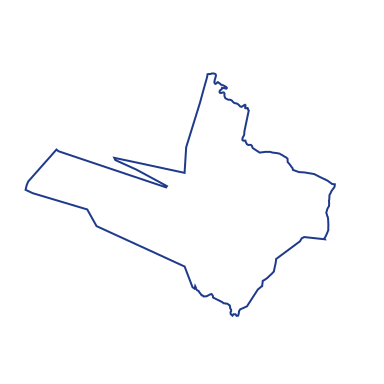 San Andrés Paxtlán, Oaxaca, Mexico (Albers equal-area conic projection), rotated 40°
{"feature_id": "50627088B89985884049438", "entity_name": "San Andrés Paxtlán", "entity_type": "district", "adm_level": 2, "iso_a3": "MEX", "parent_name": "Mexico", "parent_adm1": "Oaxaca", "projection": "albers", "projection_center": [-96.515, 16.212], "detail": "fine", "context": "isolated", "style": "outline", "palette": "blue", "viewbox_px": 384, "rotation_deg": 40, "n_neighbors": 0, "source": "geoboundaries", "source_scale": "gbopen_adm2", "svg_char_len": 3996}
<svg xmlns="http://www.w3.org/2000/svg" viewBox="0 0 384 384"><g transform="rotate(40 192 192)"><path d="M60.9,246.6L60.7,256.0L60.5,262.0L60.3,269.5L60.1,277.5L59.8,288.3L59.8,289.2L60.9,292.9L63.1,297.3L70.7,295.3L123.0,272.7L124.8,273.4L140.8,279.5L183.0,267.9L231.9,254.5L234.2,253.8L253.6,264.6L256.0,264.4L255.7,263.4L255.0,262.1L256.2,262.6L257.4,263.8L257.9,263.7L259.1,264.0L260.7,263.6L262.4,264.2L263.8,264.4L265.2,264.8L266.0,264.9L266.5,264.4L267.6,264.5L268.2,264.5L268.6,263.9L269.6,263.1L270.0,262.8L270.2,262.4L270.9,260.8L271.8,258.6L272.6,257.6L274.7,258.1L276.0,259.3L286.1,256.9L287.6,256.9L288.0,256.8L288.3,256.5L288.6,256.3L288.8,256.1L289.3,255.9L289.7,255.7L290.1,255.4L290.3,255.3L290.5,255.1L290.9,254.9L291.3,254.8L291.9,254.8L292.6,254.8L293.1,254.8L293.4,254.6L293.8,254.6L294.3,255.0L294.8,255.3L295.3,255.8L295.8,256.4L296.1,256.6L297.6,257.0L298.0,257.4L298.4,257.8L298.6,258.2L298.7,259.2L299.0,259.6L299.6,260.1L300.1,260.6L301.1,260.7L302.5,260.7L302.3,259.1L303.9,257.7L305.8,258.2L306.8,257.1L306.5,256.2L305.6,254.5L304.7,253.2L304.5,252.1L304.3,251.1L305.3,249.0L306.0,247.7L306.6,246.3L307.6,244.3L305.1,224.3L305.6,221.8L305.9,219.8L306.3,219.1L304.9,217.0L303.3,214.5L304.0,212.9L304.9,209.7L305.2,207.1L305.7,202.9L305.8,200.3L305.0,198.8L303.3,195.6L302.1,193.3L300.8,191.1L299.5,189.2L306.4,160.4L305.8,156.9L306.6,155.2L306.9,154.4L324.2,142.8L323.2,142.4L323.2,142.1L323.0,140.8L322.9,140.0L322.8,139.8L322.5,138.6L322.3,137.8L322.0,137.1L321.8,136.2L321.7,135.9L321.3,134.8L321.2,134.6L321.0,133.8L320.9,133.5L319.7,132.2L318.8,131.1L318.6,130.7L318.3,130.4L316.9,128.7L316.3,128.1L315.3,127.0L315.2,126.9L314.7,126.4L314.0,125.6L313.8,125.4L313.0,124.7L312.1,123.9L311.3,123.6L311.1,123.5L310.1,122.8L309.9,122.6L308.2,121.6L307.0,118.9L306.7,118.3L306.6,118.1L306.3,116.6L306.2,116.2L306.1,114.9L305.9,114.6L305.4,113.9L304.5,112.7L304.1,112.3L303.5,111.6L302.7,110.9L302.4,110.3L301.8,109.3L301.3,108.7L300.5,107.5L300.1,107.1L299.5,106.3L299.4,106.1L299.3,105.8L299.1,105.4L298.9,103.6L298.6,102.9L298.3,101.9L298.2,100.8L298.1,100.2L298.1,99.4L298.1,98.4L298.0,98.1L298.0,97.1L297.7,96.1L297.4,95.7L296.5,94.3L294.1,95.8L288.4,96.2L280.3,98.3L274.1,99.7L265.6,104.7L261.1,108.0L255.1,110.2L253.9,109.2L251.6,108.7L249.9,108.2L247.8,107.8L246.1,107.6L244.5,105.9L243.8,105.1L242.0,105.0L239.6,105.5L237.5,105.7L236.1,106.1L234.5,106.3L232.3,107.5L230.7,108.5L228.3,110.1L226.1,111.0L224.3,112.5L222.6,113.9L221.4,115.2L220.0,116.7L219.1,117.7L218.5,118.3L210.3,119.3L209.3,118.8L208.4,118.2L207.2,118.0L206.2,118.5L204.9,119.8L203.3,120.1L202.4,119.7L200.8,119.1L199.9,118.3L198.7,119.4L197.6,119.9L196.9,119.5L196.1,118.2L195.7,116.9L195.4,115.2L194.9,114.2L193.3,112.1L192.6,110.8L183.1,93.1L182.6,93.1L182.1,92.8L181.7,92.7L181.2,92.2L180.6,91.9L180.1,92.5L179.6,93.2L178.9,93.5L178.5,93.0L178.0,92.6L177.7,91.7L177.1,91.1L176.5,91.1L176.1,92.1L175.4,94.3L175.3,94.9L174.4,95.3L173.7,95.5L172.7,95.3L171.8,95.2L170.8,95.2L169.5,95.4L167.7,96.4L166.7,96.7L164.4,96.5L163.4,96.3L161.6,97.0L160.6,97.9L159.7,98.2L158.1,98.6L157.2,98.7L155.3,97.7L154.7,97.1L154.2,96.5L153.7,95.7L152.3,95.3L151.3,96.3L150.9,97.2L149.9,98.0L148.9,97.8L148.3,96.9L148.2,95.8L148.7,94.3L148.1,93.0L148.4,92.9L148.6,92.7L149.3,92.2L149.6,91.9L150.3,91.5L150.9,91.3L151.6,91.0L151.9,90.7L151.9,90.1L151.7,89.8L151.2,89.7L150.6,89.6L149.4,89.8L148.4,90.0L147.5,90.2L146.6,90.6L145.8,90.9L145.1,91.1L143.3,91.0L143.0,91.2L141.5,91.1L141.1,91.3L140.9,92.4L140.9,92.8L140.7,93.8L140.5,94.1L140.2,94.2L139.8,94.2L139.5,94.1L138.8,93.7L138.4,93.4L138.1,92.5L137.7,92.2L137.3,91.4L137.0,90.7L136.7,89.8L136.2,89.0L135.9,88.0L135.1,87.0L134.6,86.7L133.7,86.7L132.5,87.2L131.8,87.8L130.9,88.6L130.5,89.5L129.8,90.3L128.7,91.1L128.2,91.8L129.7,94.3L134.8,105.6L140.7,118.4L158.8,161.5L174.0,182.1L128.8,206.0L110.5,215.8L112.8,216.8L135.0,210.6L169.0,203.6L169.0,203.9L169.2,205.1L133.3,219.2L63.5,246.6L60.9,246.6Z" fill="none" stroke="#1e3a8a" stroke-width="2"/></g></svg>